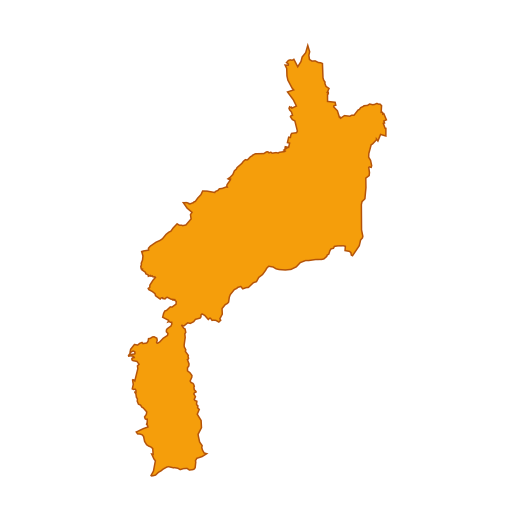 Izvoru Barzii, Mehedinti, Romania, rotated 255°
{"feature_id": "2599482B77964266021136", "entity_name": "Izvoru Barzii", "entity_type": "district", "adm_level": 2, "iso_a3": "ROU", "parent_name": "Romania", "parent_adm1": "Mehedinti", "projection": "albers", "projection_center": [22.639, 44.717], "detail": "fine", "context": "isolated", "style": "filled", "palette": "amber", "viewbox_px": 512, "rotation_deg": 255, "n_neighbors": 0, "source": "geoboundaries", "source_scale": "gbopen_adm2", "svg_char_len": 6126}
<svg xmlns="http://www.w3.org/2000/svg" viewBox="0 0 512 512"><g transform="rotate(255 256 256)"><path d="M301.6,178.0L300.2,174.8L296.9,170.2L295.9,167.4L295.2,163.0L292.9,156.5L291.3,154.1L289.5,153.8L290.0,148.3L289.5,147.8L290.0,147.2L289.9,146.7L285.3,146.8L281.4,145.3L278.7,143.3L277.3,143.1L275.7,142.0L273.3,141.8L272.7,142.9L272.1,142.3L268.8,145.0L267.4,144.9L265.7,146.9L264.3,146.8L264.5,147.9L264.0,148.5L264.5,149.0L263.6,149.7L263.6,150.7L262.4,151.2L262.1,152.9L261.3,153.3L259.4,150.4L255.4,146.0L253.1,145.2L252.6,143.5L251.3,143.7L248.6,146.6L245.8,148.7L243.6,148.7L239.2,152.3L240.1,153.7L239.9,155.0L239.0,155.0L238.1,157.0L239.1,158.7L239.0,159.8L236.3,162.7L235.1,165.7L234.8,165.0L234.5,165.9L232.7,167.2L230.2,166.3L228.4,161.7L229.0,160.0L226.6,155.5L226.5,153.7L224.5,151.9L221.0,150.0L216.7,154.7L216.0,154.9L215.1,154.0L215.2,155.2L214.1,156.1L213.8,157.4L212.1,157.1L210.4,155.8L208.7,151.4L207.7,150.3L206.0,149.8L204.0,150.9L202.2,150.0L200.6,145.1L197.9,140.7L197.2,138.3L197.7,137.7L198.4,137.6L200.2,138.8L202.3,138.9L204.4,136.6L204.6,135.0L203.8,132.5L204.0,130.8L201.6,129.7L200.2,127.9L200.7,124.1L202.0,123.5L201.7,121.0L200.6,118.6L202.0,115.7L198.4,110.8L195.6,109.4L195.3,109.7L196.0,112.3L195.8,113.2L194.6,114.2L193.0,113.8L192.8,113.0L193.2,110.3L193.6,109.4L194.5,109.1L192.9,107.1L192.2,107.1L192.0,109.1L191.2,111.0L190.0,112.0L189.4,112.1L189.5,110.3L189.1,109.6L187.8,109.3L186.8,110.0L185.0,113.7L181.7,115.0L180.5,113.0L177.8,112.7L166.7,106.6L167.8,106.0L168.4,105.1L168.2,104.7L163.7,104.2L159.7,102.1L158.7,103.3L158.7,104.7L157.3,105.3L155.5,104.8L156.0,103.9L155.7,103.7L153.9,104.3L150.4,103.9L148.7,104.5L146.5,103.7L143.3,104.1L141.9,105.9L139.6,106.6L138.4,107.8L133.7,110.1L131.4,109.1L129.4,106.7L127.5,106.8L126.8,107.4L126.5,108.7L122.2,107.5L122.5,107.2L121.7,106.7L120.5,107.4L118.8,107.4L118.4,102.5L117.0,94.8L114.8,95.6L114.0,98.0L112.6,99.9L110.7,100.7L105.7,100.4L102.0,101.5L100.0,103.3L99.0,104.8L96.8,106.4L91.0,105.3L91.7,104.0L86.3,104.9L84.2,105.8L74.8,101.3L71.1,97.8L70.6,98.2L70.4,99.6L70.4,102.3L72.3,105.7L73.1,108.8L74.2,111.2L75.2,115.2L75.2,116.9L72.7,121.6L72.7,122.4L71.2,125.6L69.3,127.5L69.4,130.9L68.7,134.4L66.5,136.3L66.0,139.8L66.3,141.4L67.4,142.5L72.6,144.5L73.9,144.5L75.9,146.5L76.2,152.0L77.8,157.2L79.2,154.9L82.2,154.1L84.9,154.0L86.8,154.9L90.9,153.4L96.9,153.7L98.8,153.9L104.3,158.9L111.3,160.4L118.4,158.3L122.5,161.5L124.5,160.3L126.3,161.1L127.7,160.2L128.6,160.3L131.0,161.3L132.3,159.6L133.5,159.2L135.7,161.1L138.9,160.2L140.1,161.4L139.9,162.6L140.7,163.0L142.8,161.7L145.5,162.1L146.1,162.7L148.4,162.5L149.4,162.0L150.6,160.5L152.3,160.0L155.5,162.6L157.1,163.2L160.3,162.0L162.8,160.1L165.8,160.9L167.1,162.6L169.1,163.4L173.7,162.9L174.0,163.9L174.6,164.4L176.4,164.3L177.5,164.9L182.1,163.1L183.6,163.9L186.7,163.2L188.5,163.5L195.6,166.5L199.3,167.1L200.4,168.4L203.9,168.6L204.9,167.5L208.1,166.3L208.3,166.6L207.4,167.5L207.2,168.5L209.1,172.7L207.9,175.1L208.7,178.8L210.5,181.1L210.5,185.9L211.5,187.1L213.3,187.6L214.0,188.9L211.9,191.1L207.0,193.5L207.9,195.1L207.7,195.9L205.2,196.9L205.1,198.1L204.2,200.6L201.8,203.0L203.1,205.3L204.7,204.8L208.6,208.4L214.0,209.6L217.0,213.7L217.6,216.1L218.6,217.6L223.2,219.6L225.4,221.2L229.2,226.4L229.7,229.1L230.4,230.2L230.5,233.4L227.7,234.7L228.0,238.3L227.6,240.5L230.9,246.6L231.1,249.8L234.6,253.1L236.4,257.5L239.8,261.7L241.3,263.0L242.8,265.6L241.0,269.6L238.4,272.1L236.9,274.9L234.9,280.7L234.0,286.3L235.1,292.1L238.2,297.1L238.8,302.7L238.0,305.6L237.2,312.5L235.7,318.5L235.6,320.8L237.3,324.2L238.5,325.0L239.0,326.8L242.1,328.8L243.5,330.4L243.4,332.8L245.0,334.2L244.6,337.7L243.2,343.2L242.2,344.8L238.2,343.4L236.3,347.4L234.8,348.5L232.2,348.3L231.3,349.3L239.2,358.4L244.4,361.2L245.9,363.5L247.4,364.3L253.9,364.7L278.4,371.1L281.1,372.5L283.1,376.0L293.6,379.9L302.8,382.2L304.4,386.1L307.2,387.2L312.4,387.8L312.7,388.8L311.8,390.2L313.3,391.1L318.7,391.4L322.3,390.4L325.8,391.5L333.6,396.0L334.1,397.6L337.0,402.3L337.9,402.6L335.5,403.5L341.2,407.8L338.3,412.5L345.7,414.5L346.1,413.7L351.2,413.3L351.2,414.6L353.3,414.4L353.8,417.2L360.3,416.3L360.2,415.2L361.8,415.5L362.4,414.9L362.4,414.1L368.7,416.2L370.6,415.1L370.9,413.7L372.1,412.3L371.7,409.8L371.9,407.9L373.4,405.1L372.6,402.7L373.2,399.2L372.9,398.7L372.9,399.3L372.2,395.5L370.8,393.8L370.6,392.4L366.6,387.1L367.2,384.8L366.7,382.8L368.7,377.8L367.2,373.4L368.4,373.2L368.3,372.5L375.2,372.2L380.0,369.6L381.0,370.2L381.0,372.1L384.0,372.2L386.8,365.1L393.9,367.0L393.9,367.8L395.4,368.2L395.7,367.2L398.9,369.9L401.7,367.5L405.1,367.2L406.1,367.7L408.2,366.9L410.7,366.8L424.7,370.0L425.9,368.5L426.8,366.2L429.1,363.7L429.8,360.5L432.0,358.5L436.2,359.0L439.4,360.7L446.0,360.5L439.5,356.6L436.3,352.1L432.2,349.8L428.0,345.3L436.2,343.5L435.8,342.4L435.9,341.2L436.6,339.8L436.5,337.9L434.9,335.5L433.1,337.0L431.9,336.5L432.9,333.5L429.2,334.2L421.9,332.5L417.6,332.3L408.9,334.3L406.7,335.4L406.3,328.9L397.1,332.5L390.4,333.8L389.5,328.9L390.2,328.6L390.7,329.4L390.5,327.9L391.4,327.1L390.1,326.1L388.4,326.3L386.1,327.5L382.5,327.7L382.2,325.7L381.6,325.3L378.4,326.4L376.4,328.5L365.9,328.3L364.6,327.0L365.2,322.2L364.1,321.1L361.6,319.9L362.3,318.3L357.4,315.7L356.3,317.7L352.5,315.6L354.0,312.6L352.8,312.0L352.1,313.3L351.1,310.3L349.8,311.4L349.5,310.7L350.1,305.2L349.7,304.1L350.7,302.1L351.1,298.2L352.4,297.2L352.3,295.2L353.4,294.6L353.8,293.7L353.8,292.8L352.9,290.1L354.9,281.8L354.2,278.6L353.6,277.9L353.4,276.5L351.2,272.9L351.1,272.1L351.8,270.7L350.7,268.3L349.1,266.3L346.3,260.6L345.0,259.5L343.9,257.2L340.7,254.7L338.7,251.4L337.8,248.9L337.0,249.8L336.9,251.3L336.2,251.0L332.5,246.6L331.2,245.9L330.0,246.1L330.4,244.9L330.0,240.9L330.4,238.0L329.2,236.2L328.8,233.4L328.0,232.6L331.3,225.6L332.6,221.3L329.5,218.7L327.1,214.8L324.4,211.5L324.4,210.2L323.8,209.5L323.4,205.7L323.7,204.8L324.2,204.8L325.5,202.9L326.3,199.6L319.9,201.9L314.8,205.5L312.9,203.4L308.6,202.9L304.1,196.3L304.3,193.0L304.9,192.3L305.6,189.9L307.5,188.1L304.5,183.2L302.0,180.2L301.6,178.0Z" fill="#f59e0b" stroke="#b45309" stroke-width="1.5"/></g></svg>